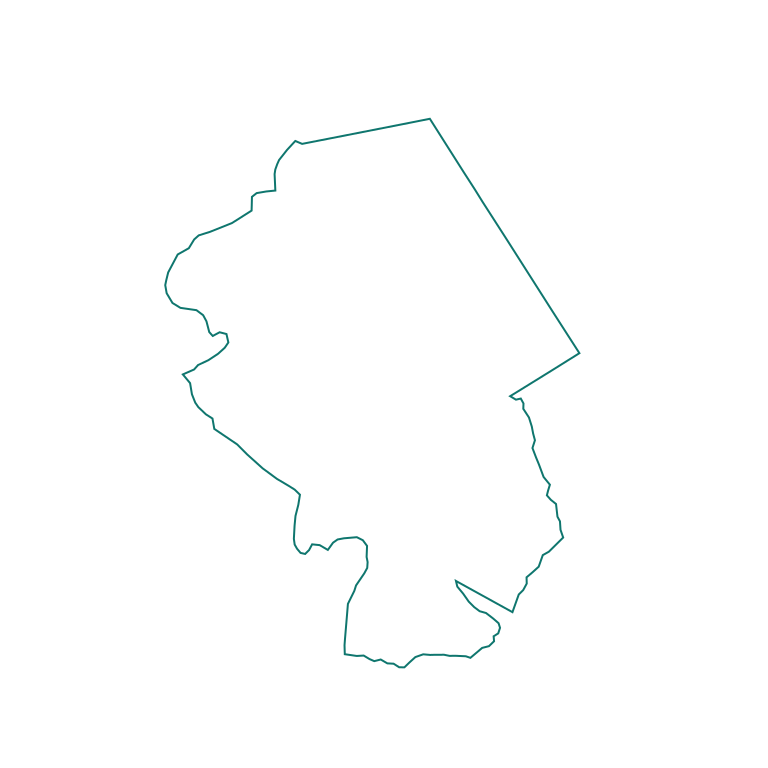 outline of Jataúba, Pernambuco, Brazil, rotated 307°
{"feature_id": "56859067B12457133814695", "entity_name": "Jataúba", "entity_type": "district", "adm_level": 2, "iso_a3": "BRA", "parent_name": "Brazil", "parent_adm1": "Pernambuco", "projection": "mercator", "projection_center": [-36.582, -8.057], "detail": "fine", "context": "isolated", "style": "outline", "palette": "teal", "viewbox_px": 768, "rotation_deg": 307, "n_neighbors": 0, "source": "geoboundaries", "source_scale": "gbopen_adm2", "svg_char_len": 2074}
<svg xmlns="http://www.w3.org/2000/svg" viewBox="0 0 768 768"><g transform="rotate(307 384 384)"><path d="M385.2,145.4L375.0,146.4L363.3,141.3L343.2,144.5L335.5,147.8L331.3,149.8L325.7,155.8L321.4,166.3L322.3,175.6L330.1,189.8L330.1,198.2L327.2,204.5L320.3,213.2L319.3,218.3L326.4,221.6L329.1,228.1L323.5,234.7L317.1,235.0L308.3,233.3L297.3,229.4L287.3,224.1L281.3,223.6L270.6,217.6L268.0,228.6L260.2,236.8L255.5,244.5L253.8,249.6L252.6,260.0L253.2,267.8L246.0,275.5L247.4,303.1L245.4,317.1L243.6,337.9L243.8,355.7L245.3,369.1L245.9,376.2L245.0,383.5L235.9,388.3L225.4,392.7L217.1,397.8L206.1,405.2L202.0,409.3L200.1,413.7L198.9,419.0L200.8,423.3L206.3,424.1L212.7,423.1L216.6,429.6L217.7,439.0L226.6,438.8L231.9,440.5L236.6,444.8L245.3,454.5L246.5,461.1L244.5,467.9L235.4,474.2L231.9,478.1L227.0,481.3L220.9,482.2L206.3,482.9L200.9,484.8L186.7,487.5L178.0,493.0L156.4,506.6L151.6,509.7L144.6,515.3L150.4,525.9L154.9,531.2L155.6,538.0L156.8,543.0L162.0,547.2L162.9,554.8L166.4,560.0L166.9,566.6L170.0,570.8L176.9,571.9L184.8,573.4L191.7,578.0L195.4,583.9L198.2,587.4L203.9,594.9L206.3,599.9L210.2,605.0L215.8,613.2L217.3,617.8L224.7,619.5L232.3,621.2L237.8,625.6L244.8,626.7L248.5,623.4L253.6,625.3L259.1,623.4L261.9,619.5L262.4,612.3L262.5,603.3L260.1,597.1L260.1,590.3L261.2,582.6L264.2,573.4L266.3,564.5L270.0,560.0L279.1,623.9L297.0,618.3L303.2,619.2L310.5,618.1L315.4,614.2L322.9,615.9L331.2,617.5L342.9,613.8L349.3,616.6L369.2,619.5L373.8,612.7L380.2,607.2L382.4,602.4L391.7,593.6L391.9,587.0L393.1,581.1L397.6,579.2L403.4,577.1L405.8,567.4L412.9,556.3L416.8,549.7L422.2,541.1L429.9,538.4L434.2,532.9L439.0,527.6L444.5,519.9L448.0,510.2L452.4,507.1L454.7,502.0L450.9,498.8L450.2,492.1L495.4,509.7L526.2,521.5L543.3,475.2L572.0,398.5L573.9,393.4L588.7,353.3L594.0,339.6L601.1,320.3L623.4,261.0L607.6,246.9L526.5,174.1L524.7,166.9L512.8,165.7L499.8,165.4L495.4,166.4L489.9,168.1L485.8,170.3L473.1,180.8L466.9,174.1L459.8,167.4L454.0,165.9L446.9,171.0L442.8,173.9L421.0,165.7L400.7,153.4L391.2,146.6L385.2,145.4Z" fill="none" stroke="#0f766e" stroke-width="2"/></g></svg>